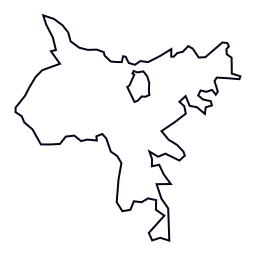 Karshi, Kashkadarya, Uzbekistan (Mercator projection)
{"feature_id": "79887680B57210975668042", "entity_name": "Karshi", "entity_type": "district", "adm_level": 2, "iso_a3": "UZB", "parent_name": "Uzbekistan", "parent_adm1": "Kashkadarya", "projection": "mercator", "projection_center": [65.821, 38.728], "detail": "fine", "context": "isolated", "style": "outline", "palette": "ink", "viewbox_px": 256, "rotation_deg": 0, "n_neighbors": 0, "source": "geoboundaries", "source_scale": "gbopen_adm2", "svg_char_len": 1666}
<svg xmlns="http://www.w3.org/2000/svg" viewBox="0 0 256 256"><path d="M40.9,144.4L50.1,144.5L60.0,143.9L65.8,136.6L74.3,135.6L81.1,141.1L87.2,139.6L96.8,140.5L96.4,136.3L102.2,134.0L106.3,138.4L110.8,151.6L117.2,156.0L121.4,163.1L118.5,179.7L116.7,202.2L122.4,211.2L130.4,209.8L133.9,201.3L141.6,202.2L148.1,198.4L156.1,200.1L156.0,209.8L164.3,215.7L155.0,226.1L148.8,232.9L152.2,240.4L160.2,237.8L169.3,240.6L168.2,208.4L161.4,198.6L156.6,184.2L170.8,184.0L163.6,174.2L159.2,164.8L151.9,166.3L152.0,158.9L149.4,151.5L158.1,156.7L165.4,153.7L179.4,160.5L184.9,155.6L183.4,151.6L177.0,144.9L168.6,139.7L161.5,131.1L174.6,122.3L185.8,113.6L184.3,106.2L179.4,101.8L185.6,96.1L189.7,105.9L196.9,107.2L204.9,113.9L205.7,107.3L211.9,105.5L210.8,101.2L203.1,99.5L198.2,95.5L200.6,90.5L206.3,91.8L212.1,89.9L215.8,94.7L217.8,91.6L214.5,81.0L216.8,77.6L227.5,78.2L239.4,79.2L240.4,76.3L231.8,73.6L231.6,57.7L226.8,54.3L226.4,49.2L228.9,46.4L227.3,43.0L222.4,42.5L205.3,57.2L198.7,57.5L192.7,48.6L188.2,46.1L182.8,51.8L177.4,53.0L173.7,56.7L171.2,56.6L171.3,49.1L160.1,56.0L148.1,62.1L140.3,61.1L134.9,64.8L128.8,63.0L125.6,56.7L123.1,56.3L121.8,62.1L116.0,62.0L110.7,61.5L104.6,55.6L103.8,52.2L96.8,49.6L87.8,49.9L79.2,47.7L70.6,41.3L68.2,32.4L62.5,25.3L53.9,18.9L43.2,15.4L46.2,24.6L52.9,37.6L55.9,50.1L50.9,51.2L60.0,63.8L51.5,66.8L42.3,70.2L35.8,76.7L29.5,87.1L24.9,96.0L15.6,107.6L15.6,112.2L21.7,116.2L24.3,122.4L32.6,129.5L40.9,144.4ZM133.6,71.0L137.4,72.4L143.3,71.4L147.2,76.3L149.2,82.8L148.9,91.2L149.4,95.1L145.0,96.8L141.8,96.4L137.7,100.7L134.5,102.0L127.3,87.0L129.5,85.4L134.3,74.6L132.5,73.5L133.6,71.0Z" fill="none" stroke="#020617" stroke-width="2"/></svg>